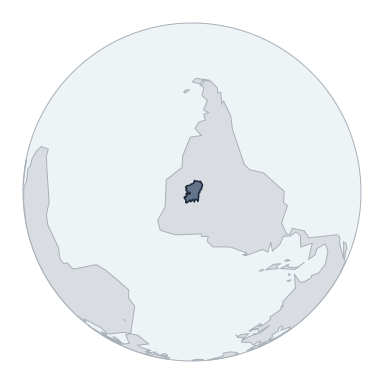 Goiás highlighted on a globe, orthographic projection, rotated 166°
{"feature_id": "BRA-1294", "entity_name": "Goiás", "entity_type": "State", "adm_level": 1, "iso_a3": "BRA", "parent_name": "Brazil", "parent_adm1": "", "projection": "orthographic", "projection_center": [-49.017, -15.943], "detail": "fine", "context": "on_globe", "style": "filled", "palette": "slate", "viewbox_px": 384, "rotation_deg": 166, "n_neighbors": 0, "source": "natural_earth", "source_scale": "10m", "svg_char_len": 8940}
<svg xmlns="http://www.w3.org/2000/svg" viewBox="0 0 384 384"><g transform="rotate(166 192 192)"><circle cx="192" cy="192" r="169" fill="#eef3f6" stroke="#a8b0b8"/><path d="M152.1,27.8L150.9,28.1L153.4,27.5L151.4,28.1L157.4,26.6L159.2,26.4L156.8,27.1L151.8,28.2L133.7,34.1L129.7,36.1L129.1,37.3L139.1,36.5L136.8,38.5L137.6,40.4L141.3,38.5L141.9,36.4L148.9,33.8L148.9,32.1L151.7,31.0L153.8,29.3L159.2,28.5L163.3,28.8L161.8,30.4L163.6,30.7L169.6,28.7L171.3,31.7L180.1,34.2L180.0,35.4L171.4,38.0L159.7,38.8L148.5,44.1L161.5,39.8L160.9,43.7L163.2,44.2L166.5,43.8L169.0,42.2L170.0,43.6L157.5,47.8L156.5,46.6L160.4,45.1L154.9,45.7L146.5,49.5L146.9,51.7L133.8,56.6L133.9,58.4L131.1,60.8L131.8,57.5L130.2,63.8L114.9,73.8L112.4,87.0L108.7,77.9L103.5,78.0L97.0,79.9L96.4,82.0L88.5,82.9L79.9,89.9L74.4,101.8L75.3,109.5L84.2,107.0L88.0,101.2L95.2,98.3L87.7,113.3L99.9,112.3L97.4,123.3L100.6,128.2L107.3,125.5L114.0,127.0L119.6,119.8L128.2,115.2L127.7,124.1L133.0,115.4L137.4,119.1L155.0,117.3L153.5,119.5L168.2,129.4L185.2,133.8L189.2,140.7L187.0,145.0L193.2,146.3L193.3,149.1L218.5,154.4L232.1,162.6L232.1,172.9L221.6,184.2L214.0,210.1L195.7,218.3L192.3,229.2L180.4,245.6L169.1,244.6L173.7,252.8L168.6,258.0L161.7,258.7L161.8,264.6L156.7,265.1L161.0,268.8L154.9,277.1L159.1,283.4L155.2,290.2L158.2,293.8L155.9,293.9L154.1,295.6L154.7,297.8L146.8,294.9L142.1,286.6L143.0,282.0L140.0,281.7L141.8,270.1L139.4,272.7L136.0,256.5L137.6,242.9L134.6,206.2L130.4,199.5L117.8,193.1L102.4,170.3L105.7,159.7L102.7,155.6L112.6,140.2L110.5,128.4L107.2,127.3L103.5,132.5L92.7,127.3L89.7,119.3L61.4,115.4L59.6,112.5L61.3,105.8L61.1,90.2L56.9,107.0L55.1,105.0L55.3,99.7L57.4,97.2L60.4,89.0L60.0,87.7L67.3,78.0L69.3,75.8L78.0,67.3L87.2,59.5L97.0,52.3L107.2,45.8L117.9,40.1L129.0,35.2L140.4,31.1L152.1,27.8ZM110.6,91.9L124.6,96.3L115.6,98.5L117.5,97.0L114.2,94.7L107.6,93.5L99.9,96.6L110.6,91.9ZM119.2,82.9L116.7,82.9L119.3,82.4L119.2,82.9ZM150.8,29.9L152.2,29.6L151.1,30.1L150.8,29.9ZM150.2,29.6L147.8,30.4L147.2,30.4L148.7,29.9L150.2,29.6ZM153.4,28.7L146.4,30.3L145.4,30.3L150.3,28.6L153.4,28.7ZM160.7,301.3L147.8,296.2L154.7,298.3L157.6,294.6L165.0,298.8L160.7,301.3ZM170.0,291.7L174.4,289.7L176.0,290.7L173.3,292.4L170.0,291.7ZM324.4,87.0L323.9,86.4L318.1,79.6L318.0,79.4L324.4,87.0ZM315.9,77.1L314.4,75.9L320.0,82.0L321.0,83.7L311.9,74.0L309.4,71.2L296.3,60.5L298.8,63.1L311.3,73.6L309.4,72.2L312.8,76.6L308.7,72.1L294.3,60.8L289.4,60.2L290.9,69.5L286.4,69.4L279.1,66.1L270.8,55.0L281.8,56.6L279.0,53.5L270.1,48.1L274.2,49.3L271.9,47.5L275.4,48.3L273.8,45.6L276.4,46.4L269.4,42.1L269.8,42.1L273.8,44.5L278.0,46.9L282.2,49.2L294.3,57.5L305.5,66.8L315.9,77.1ZM277.3,46.2L276.8,45.9L265.9,40.1L263.9,39.4L256.2,35.8L254.9,35.2L266.3,40.3L277.3,46.2ZM360.8,198.7L360.3,203.8L358.0,221.9L354.3,236.4L350.1,242.3L345.5,254.3L342.6,256.4L339.1,263.0L334.0,268.5L327.3,272.6L321.1,268.4L324.6,262.0L327.5,248.0L333.1,216.8L338.8,205.0L339.9,194.8L335.0,170.4L336.3,159.3L334.0,153.6L329.9,153.3L326.7,146.7L323.8,145.7L302.6,144.8L293.7,135.9L277.1,112.4L279.2,104.5L275.2,94.9L285.7,69.6L292.8,72.5L306.6,74.2L309.2,76.0L312.8,82.0L327.4,95.2L325.9,90.9L333.8,100.3L334.8,101.7L341.2,112.7L346.7,124.2L351.4,136.0L355.2,148.2L358.0,160.6L359.9,173.2L360.9,185.9L360.8,198.7ZM287.8,82.6L288.9,85.2L288.9,85.3L287.8,82.6ZM155.6,117.2L157.7,118.8L154.8,119.0L155.6,117.2ZM113.8,102.1L117.0,101.8L118.5,102.8L116.0,103.6L113.8,102.1ZM142.3,98.6L146.2,98.9L141.9,100.0L142.3,98.6ZM127.0,96.9L139.1,98.6L130.7,102.0L123.1,101.1L128.6,99.6L127.0,96.9ZM116.6,87.7L118.5,87.9L117.6,89.4L116.6,87.7ZM121.1,82.6L120.3,82.9L119.6,81.9L121.1,82.6ZM161.6,43.5L162.6,43.2L165.8,43.1L163.9,43.9L161.6,43.5ZM182.7,39.7L183.8,42.1L181.7,40.7L179.2,41.9L171.5,40.9L179.5,36.0L177.2,38.2L182.7,39.7ZM163.6,38.8L167.5,39.6L162.9,39.0L163.6,38.8ZM255.9,38.8L259.3,40.1L261.1,41.6L257.8,42.0L255.1,39.6L255.9,38.8ZM263.6,41.7L253.6,36.5L255.3,36.5L256.0,37.3L258.1,37.8L259.9,39.3L271.2,44.9L273.5,46.8L266.2,45.6L267.3,44.7L263.9,43.4L263.6,41.7ZM225.4,27.7L221.1,26.6L230.2,27.8L233.2,28.7L230.1,28.7L224.8,27.8L225.4,27.7ZM163.4,26.0L161.2,26.4L161.5,26.2L163.7,25.8L163.4,26.0ZM168.7,24.7L173.5,24.5L171.2,24.8L177.3,24.8L173.6,25.8L169.9,25.6L171.6,26.7L166.7,27.0L168.6,27.8L160.5,27.3L156.2,27.9L162.4,26.7L165.8,25.7L166.0,25.5L163.4,25.5L158.1,26.5L168.7,24.7ZM215.0,24.6L213.0,24.4L217.6,25.0L213.4,24.4L214.0,24.6L217.8,25.1L203.2,25.2L200.4,26.5L200.3,28.1L193.1,27.5L188.6,25.9L186.3,24.3L190.1,23.5L186.2,23.6L186.8,23.4L189.7,23.4L185.7,23.3L187.0,23.2L186.1,23.1L200.6,23.3L215.0,24.6ZM308.9,74.3L310.3,75.2L311.8,75.8L314.0,78.8L308.9,74.3ZM299.2,66.5L300.1,66.6L303.9,70.7L302.4,70.0L299.2,66.5ZM297.2,63.4L299.8,66.3L297.5,64.3L297.2,63.4ZM274.2,44.6L274.7,44.7L276.0,45.5L277.3,46.3L274.2,44.6ZM323.0,86.0L325.8,89.1L323.6,86.8L323.0,86.0ZM346.6,260.1L344.3,265.0L344.9,262.9L348.5,254.7L353.9,240.1L354.2,239.4L346.6,260.1Z" fill="#d9dde1" stroke="#a8b0b8" stroke-width="1"/><path d="M200.0,182.8L200.4,183.1L200.5,183.2L200.5,183.3L200.2,183.5L200.1,183.8L200.2,184.0L200.4,184.1L200.4,184.3L200.3,184.5L200.1,184.6L199.9,185.3L199.9,185.6L199.9,185.9L200.0,186.3L200.1,186.5L200.3,186.9L200.5,187.0L200.8,187.4L200.8,187.6L200.7,187.7L200.7,187.8L200.7,188.0L200.8,188.2L200.8,188.4L200.8,188.5L200.7,188.7L200.5,188.9L200.4,188.9L200.4,189.1L200.2,189.1L199.8,189.0L199.7,188.8L199.5,188.6L199.2,188.4L199.0,188.6L198.9,188.7L199.0,188.8L198.9,189.0L199.0,189.1L199.0,189.3L198.9,189.5L198.5,189.3L198.4,189.3L198.2,189.3L197.9,189.9L197.9,190.0L198.0,189.9L198.1,190.0L198.0,190.4L197.9,190.5L197.9,190.9L198.0,190.9L198.1,191.0L198.1,191.4L198.2,191.5L198.2,191.8L197.8,191.9L197.6,191.9L197.5,192.0L197.4,192.0L197.2,192.1L197.1,192.3L196.9,192.3L196.8,192.6L196.8,192.9L196.7,193.1L196.6,193.3L196.4,193.7L196.5,193.8L196.9,194.1L197.0,194.4L197.1,194.6L197.2,194.9L197.3,195.1L197.2,195.1L197.1,195.4L196.9,195.6L196.7,195.6L196.7,195.8L196.5,196.0L196.4,196.1L196.2,196.3L196.2,196.5L196.3,196.7L196.5,196.6L196.8,196.7L196.9,196.8L196.9,197.0L196.8,197.3L196.7,197.6L196.7,197.9L196.8,198.0L196.9,198.3L196.7,198.3L196.5,198.5L196.1,198.7L195.8,199.0L195.1,199.4L194.8,199.3L194.7,199.3L194.4,199.2L194.1,199.1L193.8,199.1L193.1,199.1L192.6,199.1L192.2,199.0L191.6,199.3L191.0,199.9L190.9,199.9L190.8,199.7L190.7,199.6L189.8,199.9L189.7,199.9L189.2,199.9L188.9,200.0L188.4,200.1L188.0,200.7L187.9,200.8L187.9,201.1L187.7,201.3L187.4,201.4L187.3,201.5L187.2,201.6L187.0,201.8L186.9,201.9L186.9,202.1L186.9,202.4L186.8,202.5L186.7,202.4L186.4,202.1L186.2,201.9L185.8,201.8L185.7,201.8L185.3,201.5L185.0,201.5L184.9,201.5L184.7,201.4L184.1,201.2L183.9,201.0L183.5,200.9L183.4,200.8L183.0,200.6L182.8,200.5L182.7,200.5L182.4,200.3L182.3,200.2L182.0,200.3L181.7,200.2L181.6,200.3L181.2,200.2L181.3,199.8L181.5,199.5L181.5,199.4L181.1,199.2L180.9,199.3L180.8,199.2L180.7,199.1L180.7,198.5L180.7,198.2L180.5,197.9L180.4,197.6L180.3,197.4L180.2,197.2L180.1,196.9L180.2,196.7L180.2,196.4L180.3,196.3L180.2,196.1L180.3,195.9L180.4,195.7L180.6,195.5L180.6,195.4L180.7,195.2L180.7,194.9L180.9,194.7L181.3,194.5L181.6,194.2L181.8,193.8L181.8,193.5L181.7,193.4L181.7,193.1L181.8,193.0L182.0,193.0L182.0,192.9L182.0,192.7L182.3,192.6L182.5,192.4L182.7,192.2L182.8,192.1L182.9,191.9L183.1,191.9L183.5,191.8L183.6,191.7L183.8,191.7L184.0,191.4L184.2,191.1L184.1,190.9L184.3,190.7L184.4,190.4L184.4,190.2L184.5,190.0L184.5,189.9L184.6,189.7L184.9,189.4L185.1,189.4L185.2,189.2L185.4,189.2L185.5,189.2L185.5,189.3L185.9,189.2L186.0,189.0L186.1,188.9L186.1,188.7L186.2,188.2L186.3,188.2L186.4,187.8L186.4,187.7L186.4,187.3L186.4,187.1L186.6,186.8L186.5,186.7L186.8,186.5L186.7,186.4L186.7,186.2L186.8,186.1L186.8,185.9L186.7,185.8L186.7,185.6L186.8,185.4L187.0,185.1L187.0,184.9L187.3,184.6L187.5,184.2L187.5,183.9L187.5,183.7L187.6,183.4L187.8,183.2L187.8,182.9L187.9,182.5L188.0,182.4L188.0,182.2L188.2,181.9L188.3,181.9L188.7,181.6L188.8,181.6L188.8,181.8L188.6,182.0L188.6,182.3L188.4,182.6L188.4,183.0L189.0,183.4L189.3,183.4L189.4,183.5L190.1,183.8L190.4,183.9L190.9,184.1L191.0,184.0L191.0,183.7L191.2,183.3L191.7,182.5L191.9,182.4L192.0,182.3L192.0,182.5L192.3,182.7L192.5,182.8L192.6,183.0L192.6,183.4L192.7,183.6L192.7,183.9L192.7,184.2L192.7,184.3L192.8,184.5L192.9,184.4L193.0,184.3L193.0,183.9L193.5,183.9L193.8,183.9L194.0,183.8L194.3,183.6L194.5,183.5L194.4,183.8L194.6,183.9L195.0,184.1L195.3,184.2L195.9,184.4L195.7,183.8L195.8,183.8L195.9,183.6L196.0,183.8L196.1,184.0L196.3,184.2L196.5,184.1L196.8,183.9L197.0,183.9L197.5,183.6L197.9,183.6L198.1,183.6L198.4,183.5L198.5,183.5L198.8,183.1L199.0,183.1L199.3,183.0L199.4,182.9L199.7,182.9L199.8,182.9L200.0,182.8L200.0,182.8ZM196.8,192.3L196.7,192.2L196.7,191.9L196.8,191.5L196.9,191.3L196.8,191.2L196.6,190.8L196.5,190.7L194.4,190.7L194.3,191.0L194.2,191.1L194.2,191.3L194.3,191.4L194.2,191.6L194.1,192.0L194.2,192.3L194.4,192.3L196.9,192.3L196.8,192.3Z" fill="#64748b" stroke="#1e293b" stroke-width="1.5"/></g></svg>